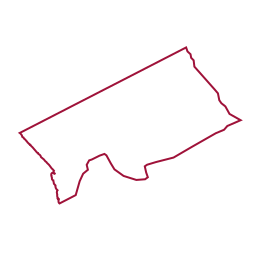 Ngellau, Ngiwal, Palau (Robinson projection), rotated 147°
{"feature_id": "81905179B11216366066462", "entity_name": "Ngellau", "entity_type": "district", "adm_level": 2, "iso_a3": "PLW", "parent_name": "Palau", "parent_adm1": "Ngiwal", "projection": "robinson", "projection_center": [134.631, 7.567], "detail": "fine", "context": "isolated", "style": "outline", "palette": "rose", "viewbox_px": 256, "rotation_deg": 147, "n_neighbors": 0, "source": "geoboundaries", "source_scale": "gbopen_adm2", "svg_char_len": 2062}
<svg xmlns="http://www.w3.org/2000/svg" viewBox="0 0 256 256"><g transform="rotate(147 128 128)"><path d="M29.3,73.2L35.2,84.5L34.6,93.1L36.2,97.9L36.3,101.6L33.7,108.1L34.3,112.7L38.9,143.3L36.1,149.0L36.8,152.5L35.4,155.8L36.4,159.8L35.4,163.9L221.5,182.8L221.2,182.0L221.1,180.9L221.0,179.6L221.5,178.2L220.8,176.8L221.0,176.1L220.9,175.5L220.5,174.4L220.4,173.5L220.3,172.6L220.1,171.8L220.1,170.6L219.8,169.5L219.7,168.6L219.3,168.1L219.5,167.2L219.0,166.8L219.0,165.5L218.6,164.1L218.4,162.6L218.2,161.0L218.0,159.7L217.8,157.9L217.5,156.4L217.1,156.1L217.3,155.2L216.6,153.5L216.5,152.1L216.8,151.2L216.6,150.2L216.4,149.8L216.1,148.7L215.7,147.6L215.6,146.6L215.5,145.6L215.4,144.9L215.0,144.0L214.9,142.6L214.6,141.4L214.3,140.1L214.2,138.7L214.1,137.1L214.0,135.6L213.7,134.6L213.5,133.3L213.4,132.4L214.2,132.0L214.5,131.8L214.5,131.3L214.6,130.9L214.4,130.5L214.3,130.2L214.2,129.7L214.4,129.6L214.7,129.7L214.7,130.3L215.1,130.7L215.3,131.0L215.5,131.3L216.1,131.6L216.6,131.6L217.0,131.4L217.4,131.2L217.7,130.8L218.0,130.3L218.1,129.7L218.3,129.6L218.3,129.3L218.5,129.1L218.7,128.5L218.9,127.7L219.5,126.8L219.7,126.1L219.5,125.6L219.4,124.8L219.2,124.6L219.5,124.2L219.7,123.6L219.8,123.0L220.2,122.4L220.5,121.5L220.4,120.9L220.2,120.4L220.3,120.0L220.1,119.3L220.4,118.9L220.7,118.3L220.9,118.2L221.1,117.3L221.3,116.8L221.3,116.2L221.3,115.7L221.2,115.0L221.0,114.5L221.0,114.1L221.8,113.8L222.3,113.3L222.8,112.7L223.2,111.7L223.6,110.9L223.6,110.7L223.9,110.4L224.6,109.2L224.8,108.5L224.8,108.1L225.0,108.0L225.4,107.6L225.4,107.0L225.2,106.7L224.8,106.6L224.7,106.2L225.0,106.0L225.4,105.9L225.2,105.5L225.5,105.3L226.0,104.7L226.3,104.2L226.6,103.6L226.6,103.1L226.7,102.7L226.5,102.0L208.4,100.2L197.5,109.7L190.5,114.1L184.4,114.8L182.7,119.6L178.2,122.0L175.6,121.3L166.9,120.3L161.9,119.1L161.0,116.8L161.7,107.6L161.9,100.7L157.8,90.2L149.3,79.9L141.6,75.7L138.2,75.9L137.0,80.8L134.8,86.7L132.0,86.8L123.1,84.2L105.9,78.4L85.0,77.4L57.2,75.8L48.4,74.2L43.6,75.6L29.3,73.2Z" fill="none" stroke="#9f1239" stroke-width="2"/></g></svg>